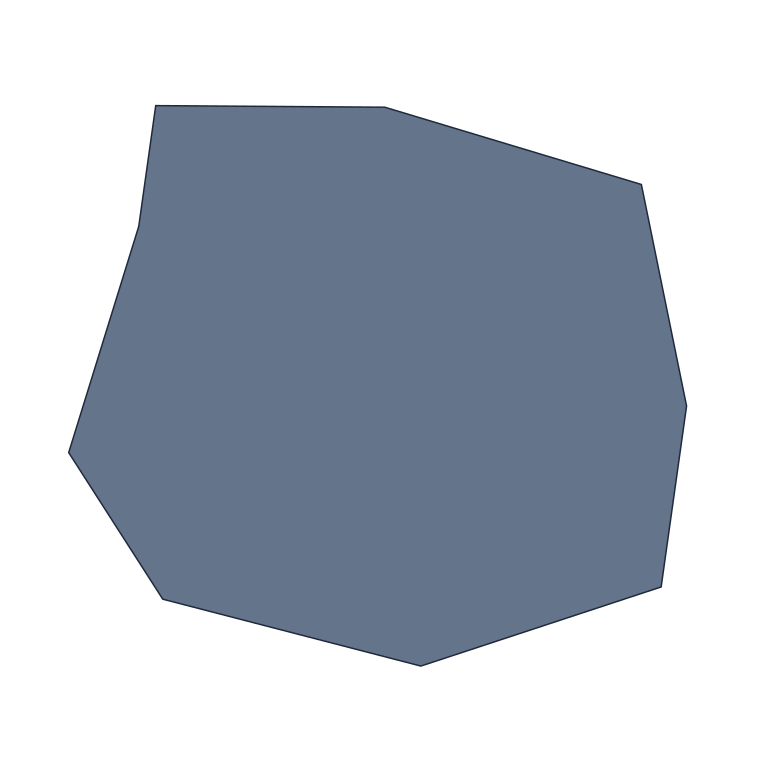 an SVG outline of Valmiera, rotated 98°
{"feature_id": "LVA-1093", "entity_name": "Valmiera", "entity_type": "Republican City", "adm_level": 1, "iso_a3": "LVA", "parent_name": "Latvia", "parent_adm1": "", "projection": "orthographic", "projection_center": [25.417, 57.531], "detail": "fine", "context": "isolated", "style": "filled", "palette": "slate", "viewbox_px": 768, "rotation_deg": 98, "n_neighbors": 0, "source": "natural_earth", "source_scale": "10m", "svg_char_len": 288}
<svg xmlns="http://www.w3.org/2000/svg" viewBox="0 0 768 768"><g transform="rotate(98 384 384)"><path d="M658.2,308.3L627.9,573.1L495.8,686.7L262.1,648.8L140.1,648.8L109.8,421.8L150.6,156.9L363.7,81.3L546.4,81.3L658.2,308.3Z" fill="#64748b" stroke="#1e293b" stroke-width="1.5"/></g></svg>